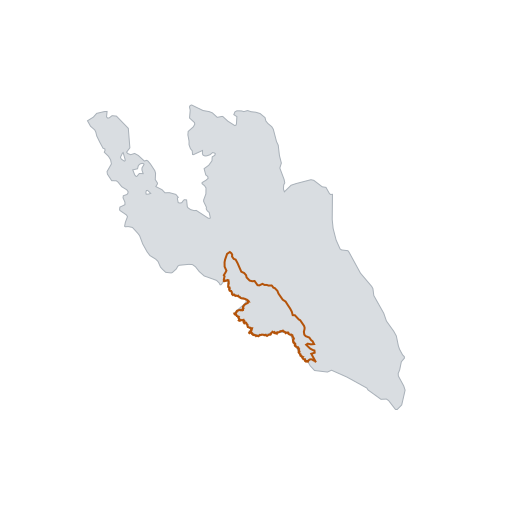 At-Bashy, Naryn, Kyrgyzstan shown in context, rotated 59°
{"feature_id": "92254566B65067062849500", "entity_name": "At-Bashy", "entity_type": "district", "adm_level": 2, "iso_a3": "KGZ", "parent_name": "Kyrgyzstan", "parent_adm1": "Naryn", "projection": "orthographic", "projection_center": [76.301, 40.827], "detail": "fine", "context": "in_parent", "style": "outline", "palette": "amber", "viewbox_px": 512, "rotation_deg": 59, "n_neighbors": 0, "source": "geoboundaries", "source_scale": "gbopen_adm2", "svg_char_len": 9585}
<svg xmlns="http://www.w3.org/2000/svg" viewBox="0 0 512 512"><g transform="rotate(59 256 256)"><path d="M117.7,300.4L119.0,299.7L122.9,299.1L130.8,298.8L133.4,299.5L138.6,303.0L142.7,302.9L143.4,303.3L144.9,306.1L150.8,302.4L154.9,301.5L157.2,297.5L161.9,293.0L165.7,292.4L165.7,293.2L166.4,293.9L170.2,295.2L171.4,294.0L172.1,292.2L170.9,289.4L170.9,288.3L172.2,286.6L178.3,289.5L179.6,289.5L182.5,288.2L185.2,285.7L186.2,283.7L199.0,277.5L199.9,276.3L199.8,275.5L194.6,273.7L192.2,274.5L190.0,274.4L188.7,273.4L182.3,272.8L181.0,272.0L177.0,267.0L171.9,263.8L169.3,263.9L166.2,265.0L165.3,264.4L165.3,259.8L164.8,257.1L163.0,256.4L160.7,257.3L154.4,255.5L153.9,249.8L151.7,244.7L148.5,242.5L148.5,239.5L147.4,238.2L146.4,238.5L145.0,239.9L145.5,243.3L144.8,246.6L144.0,248.2L142.4,249.4L140.8,249.3L138.0,247.5L136.9,257.5L136.3,258.1L133.0,256.5L130.2,256.9L126.1,256.1L123.0,254.2L117.1,252.0L114.3,250.0L113.0,243.1L111.5,240.6L110.0,240.0L103.5,241.9L97.1,237.3L93.9,236.2L93.1,234.9L93.4,233.4L103.9,226.6L108.2,221.7L110.8,219.7L117.2,217.8L118.9,213.1L119.4,212.6L125.9,210.7L133.3,207.0L133.5,205.8L132.8,204.8L126.7,200.6L123.4,202.2L121.6,199.8L121.7,197.6L124.1,193.8L126.0,192.0L127.0,188.3L129.7,186.0L132.6,182.2L136.0,179.1L142.0,177.0L145.3,178.0L148.4,177.6L153.3,175.9L156.3,175.9L168.5,179.5L172.5,179.9L182.0,184.2L189.4,186.4L192.9,190.3L204.9,192.5L208.2,193.7L209.3,195.6L212.7,198.0L215.6,198.6L213.4,189.5L214.6,184.2L218.9,169.6L220.9,167.5L230.8,163.6L233.2,160.7L240.2,160.9L241.7,160.4L242.5,158.7L264.0,171.9L272.1,175.7L283.5,179.1L293.2,180.3L294.9,179.5L298.8,174.5L300.6,174.3L324.5,175.3L341.7,172.5L344.2,172.6L350.6,175.4L370.9,176.0L378.9,177.7L391.5,176.7L396.8,176.9L406.5,180.3L409.9,181.0L416.2,181.3L418.6,180.7L420.0,181.4L421.5,185.9L427.6,191.5L429.9,194.6L432.2,195.8L443.5,196.3L447.8,197.3L458.7,207.8L460.3,214.1L459.3,215.5L448.2,216.8L445.8,217.9L443.2,222.7L428.5,229.0L426.3,229.0L406.5,240.5L392.8,250.1L392.3,254.5L384.3,264.8L378.2,266.1L373.0,266.0L364.4,269.2L353.4,268.3L349.6,268.5L342.4,267.2L339.5,267.9L336.4,270.0L332.2,278.1L330.4,279.9L329.6,281.8L329.0,285.7L327.4,289.8L323.8,296.1L320.6,299.1L317.7,300.9L315.5,297.0L311.7,299.7L308.2,299.2L306.0,299.9L301.1,303.3L293.8,303.1L293.0,301.9L291.6,292.7L290.4,288.4L289.4,287.4L288.1,287.3L277.6,294.4L272.8,295.6L268.8,295.8L263.7,293.5L262.5,294.1L261.6,295.2L261.2,296.7L262.6,300.8L262.2,301.6L259.9,301.5L256.6,302.4L246.4,310.7L240.0,312.7L234.1,313.4L230.6,314.9L228.5,318.0L224.4,326.6L224.5,328.4L226.0,330.8L227.1,336.2L226.8,337.5L223.5,341.8L219.4,343.0L216.2,343.6L210.2,342.8L207.0,343.6L201.1,346.7L196.4,347.2L187.4,346.9L178.7,345.3L175.8,345.6L167.9,347.2L165.1,350.2L163.6,353.0L162.8,353.3L159.8,350.6L156.1,345.9L154.1,345.9L146.9,349.2L145.9,349.0L144.0,347.5L144.5,341.9L142.3,340.6L137.6,340.0L136.0,338.7L136.8,335.0L136.3,333.6L135.1,332.5L132.6,332.7L127.5,335.4L121.6,336.2L119.6,337.0L117.1,340.9L109.3,341.2L106.9,340.2L102.6,332.5L98.7,331.1L94.6,331.1L88.9,332.6L87.7,331.0L86.3,330.4L84.9,331.6L78.1,331.3L71.2,330.7L67.3,329.5L64.8,329.3L59.6,331.0L53.3,330.8L53.2,323.9L51.7,319.1L54.1,311.6L55.4,309.2L59.8,312.5L61.5,312.1L62.0,310.6L61.6,307.1L64.2,303.6L80.8,299.7L98.3,308.4L100.3,313.4L101.9,313.3L104.6,311.3L105.6,307.2L109.2,305.1L117.1,302.8L117.7,300.4ZM126.0,317.8L126.4,317.2L125.2,313.5L127.3,310.3L123.6,309.5L121.8,308.4L119.9,304.9L119.2,304.7L118.1,305.6L117.4,307.7L117.8,310.2L120.2,312.6L118.7,317.3L124.1,318.2L126.0,317.8ZM106.9,320.0L106.9,319.0L105.6,318.4L98.9,316.6L99.1,317.6L101.5,321.3L103.5,321.6L106.9,320.0ZM147.6,316.2L148.1,314.0L144.0,315.1L143.4,316.2L144.8,317.7L146.5,318.3L147.6,316.2Z" fill="#d9dde1" stroke="#a8b0b8" stroke-width="1"/><path d="M239.3,279.7L243.2,284.4L245.2,286.2L249.0,288.4L253.3,288.9L254.4,290.6L255.9,293.5L257.2,293.4L259.8,295.9L260.5,296.1L261.6,297.1L261.0,296.4L261.0,296.1L260.7,295.5L260.8,295.3L261.2,295.4L261.5,295.4L261.6,294.9L261.7,294.7L261.9,293.7L261.8,293.4L261.8,292.9L262.6,292.1L263.7,292.7L264.2,292.7L264.8,293.2L265.4,293.4L265.7,293.6L265.6,294.0L266.0,294.3L266.9,294.8L267.0,295.0L267.7,295.4L267.9,295.4L268.1,295.7L269.3,294.9L269.7,295.5L270.0,295.7L270.3,295.6L270.3,295.8L270.6,296.1L270.9,295.9L271.4,296.2L271.8,296.2L272.0,296.5L272.4,296.4L272.6,296.0L272.9,295.9L273.2,295.4L273.4,295.5L273.9,295.3L274.1,295.5L275.0,295.5L275.5,295.9L276.2,296.0L276.3,296.1L276.6,295.9L276.9,296.1L277.5,296.0L277.5,295.3L278.3,294.8L278.2,294.4L278.9,294.3L279.1,294.5L279.9,293.9L279.9,293.6L279.9,293.2L280.4,292.7L280.9,292.4L280.9,291.9L281.3,292.0L281.5,291.7L281.9,291.7L282.5,291.1L282.9,291.3L283.1,291.0L283.9,290.9L284.1,290.8L284.7,290.3L285.2,289.6L285.4,289.6L285.7,289.0L285.9,288.5L286.5,288.3L286.8,287.7L288.0,286.9L288.3,286.9L288.6,286.4L289.4,286.0L289.9,286.0L290.5,285.6L290.8,285.6L291.2,285.6L290.9,286.0L291.0,286.2L290.9,286.4L291.5,286.5L291.5,287.0L291.7,287.3L292.1,287.5L291.9,288.2L291.8,288.8L291.9,289.9L291.8,290.4L291.9,290.6L291.9,291.3L292.5,292.2L292.4,292.5L292.7,293.3L293.1,293.4L293.5,293.8L293.9,293.6L294.2,293.6L294.2,294.0L294.4,294.3L294.7,294.3L295.6,294.9L295.4,295.3L295.5,295.5L294.9,295.9L295.1,296.3L294.7,296.8L294.4,297.0L294.4,297.3L293.9,297.4L293.8,298.1L293.5,298.7L293.6,299.5L293.2,300.2L293.3,300.7L293.9,301.2L293.9,301.5L294.1,301.7L294.2,301.9L294.1,302.3L294.3,302.6L294.5,302.7L294.7,303.2L294.3,303.4L294.3,303.7L294.4,303.9L294.3,304.1L294.5,304.1L294.6,304.3L294.9,304.3L295.0,304.1L295.3,304.0L295.5,303.8L295.5,303.5L295.9,303.1L296.0,303.1L296.2,303.6L296.7,303.3L297.6,303.4L298.0,302.9L298.6,302.8L298.5,302.6L298.8,302.2L299.3,302.0L299.6,302.7L300.3,302.9L300.8,302.7L301.0,302.9L301.3,302.8L301.5,303.1L301.9,303.1L302.1,303.3L302.4,303.3L302.5,303.9L302.9,303.7L303.0,303.5L303.2,303.3L303.2,303.1L303.3,302.8L303.0,302.4L303.0,301.9L303.1,301.7L303.7,301.4L303.8,301.2L304.3,300.5L304.4,300.2L304.1,300.0L304.2,299.7L304.4,299.8L304.9,299.5L305.2,299.6L305.5,299.5L305.7,300.0L306.0,300.1L306.2,300.3L306.3,300.7L306.6,300.8L307.6,300.7L307.4,299.9L307.2,299.6L307.3,299.5L307.7,299.0L308.2,299.0L308.4,298.8L309.2,298.9L309.4,299.1L310.3,298.7L310.8,298.7L311.2,299.1L311.4,299.1L312.1,299.5L312.7,299.6L313.1,299.1L313.6,298.9L313.9,298.6L314.4,298.4L314.5,297.9L315.2,297.7L315.3,297.4L315.7,297.3L316.0,296.6L316.5,297.1L316.3,297.9L316.8,298.3L317.5,298.3L317.6,298.8L318.0,299.2L317.6,300.3L318.0,300.5L318.3,301.5L318.5,301.5L318.7,301.4L318.5,301.0L318.6,300.7L319.0,300.3L319.1,299.8L319.5,299.2L320.0,299.1L320.1,299.6L320.8,299.6L321.1,299.2L321.6,299.3L322.3,299.1L322.5,298.8L322.4,298.5L322.7,298.4L322.9,297.9L323.1,297.8L323.4,297.8L323.7,297.6L323.8,297.2L324.7,297.2L324.7,296.3L325.9,295.4L325.8,295.2L325.9,294.9L325.8,294.2L326.0,294.1L326.0,293.4L325.7,293.2L326.4,292.1L326.3,291.7L326.6,291.1L327.0,290.8L327.2,290.3L328.1,289.8L328.1,289.4L328.4,289.2L328.3,288.6L328.6,288.2L329.2,288.0L329.6,288.1L329.9,287.8L330.2,287.7L330.2,287.0L330.0,286.4L330.0,286.0L330.3,285.6L330.2,284.8L330.7,284.4L330.9,284.1L330.6,283.4L330.0,283.0L329.9,282.6L329.9,282.1L329.6,281.4L329.8,281.0L329.6,280.8L330.7,280.2L330.7,279.8L331.3,280.1L331.7,279.8L332.0,279.5L332.0,279.1L332.3,278.7L332.2,278.5L332.4,278.5L332.3,278.3L332.9,278.1L332.6,277.9L332.5,277.4L332.5,276.9L333.0,276.8L333.0,276.6L332.8,276.3L333.3,275.2L333.3,274.8L333.3,274.4L333.0,274.2L333.1,273.7L333.2,273.3L333.8,272.4L333.7,272.0L333.8,271.4L334.1,271.4L334.7,271.1L335.2,271.1L335.4,270.7L336.1,270.3L336.9,270.3L337.2,270.4L337.5,270.3L337.3,269.3L338.0,268.4L337.9,268.1L338.0,267.9L338.6,267.8L338.9,268.3L339.3,268.3L340.2,267.9L341.2,267.1L341.2,266.9L341.4,266.8L341.5,266.2L342.7,265.6L343.4,265.9L343.3,266.2L343.5,266.3L344.1,266.2L344.4,266.0L345.4,266.1L346.0,266.0L346.1,266.3L346.5,266.4L346.8,266.7L346.6,267.2L347.2,267.7L348.0,267.8L348.1,268.1L348.9,268.3L349.1,268.5L349.7,268.5L349.8,267.9L350.5,267.9L351.3,267.5L351.9,267.8L351.7,268.1L351.8,268.3L352.6,268.3L352.5,268.5L352.6,268.8L353.1,268.9L354.3,268.5L354.4,268.4L354.4,268.1L355.9,267.3L356.0,267.0L356.3,267.1L356.7,267.0L356.8,267.3L356.9,267.6L357.6,267.3L357.6,267.1L358.0,267.0L358.2,267.3L358.1,267.5L358.4,267.6L358.6,267.7L358.7,267.9L360.2,267.8L360.4,268.0L360.1,268.4L360.1,268.8L360.2,269.0L360.5,269.1L361.5,269.0L361.8,269.0L362.3,268.8L362.9,268.9L363.2,268.6L363.8,269.1L364.4,269.2L364.5,268.7L364.9,268.7L365.2,268.4L365.5,268.4L365.7,268.6L366.0,268.7L366.3,268.4L366.7,268.3L366.8,268.1L367.0,268.5L367.3,268.7L368.3,268.6L368.5,268.5L368.8,268.5L368.8,268.3L369.0,268.1L369.5,267.8L369.8,267.7L369.9,267.3L371.2,268.0L371.3,267.9L371.3,267.7L371.7,267.7L371.6,267.3L372.3,266.3L372.9,266.6L373.3,265.8L372.6,265.0L372.4,263.8L372.5,263.6L372.4,263.3L372.5,262.7L373.2,261.6L373.8,261.1L375.0,260.6L375.3,260.4L375.4,260.0L376.0,259.7L376.8,259.4L377.1,259.5L377.9,259.3L368.3,259.0L369.1,255.5L367.1,254.6L365.9,255.7L363.2,257.3L357.9,258.7L357.8,256.8L360.0,254.5L361.4,251.6L358.2,251.4L356.5,252.1L353.4,252.3L350.3,254.7L348.3,255.1L345.6,254.0L343.8,252.2L342.6,251.3L340.7,250.8L333.8,251.2L332.5,252.0L326.8,253.2L325.6,255.0L322.2,254.0L318.6,253.8L314.5,254.0L310.3,254.1L307.2,255.6L299.8,256.1L296.9,255.6L293.0,256.5L292.2,257.4L289.8,257.6L289.3,257.8L287.8,260.5L286.3,261.7L285.2,263.6L283.2,264.8L282.9,268.3L281.8,269.7L276.7,270.1L275.8,272.1L273.8,274.1L269.5,275.1L267.4,274.4L264.5,274.9L261.9,276.7L252.6,275.5L248.6,275.3L247.0,276.6L244.1,276.8L242.6,275.7L240.9,275.7L239.1,276.4L239.3,279.7Z" fill="none" stroke="#b45309" stroke-width="2"/></g></svg>